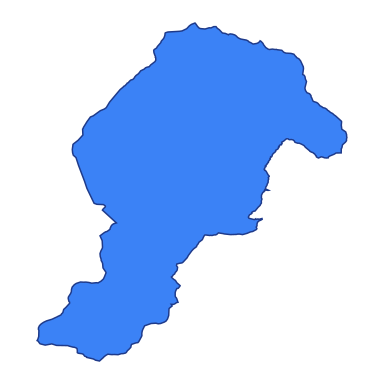 Corbu, Harghita, Romania (Equal Earth projection)
{"feature_id": "2599482B8272511981002", "entity_name": "Corbu", "entity_type": "district", "adm_level": 2, "iso_a3": "ROU", "parent_name": "Romania", "parent_adm1": "Harghita", "projection": "equal_earth", "projection_center": [25.671, 46.995], "detail": "fine", "context": "isolated", "style": "filled", "palette": "blue", "viewbox_px": 384, "rotation_deg": 0, "n_neighbors": 0, "source": "geoboundaries", "source_scale": "gbopen_adm2", "svg_char_len": 5935}
<svg xmlns="http://www.w3.org/2000/svg" viewBox="0 0 384 384"><path d="M93.5,359.0L95.6,360.2L99.5,361.0L103.3,357.6L104.1,356.7L106.1,355.2L107.9,354.2L111.5,354.6L114.5,354.5L118.1,354.7L121.2,353.7L123.3,353.6L125.6,353.0L126.4,352.3L127.4,350.7L128.8,349.5L130.8,347.3L131.1,345.5L131.5,344.4L135.9,342.9L137.9,342.6L138.8,341.6L141.6,336.4L141.9,335.5L141.8,333.5L142.1,331.6L142.6,329.9L144.6,325.8L151.1,323.5L155.9,323.2L158.2,323.8L160.6,323.5L164.3,322.1L166.0,321.1L167.5,319.0L168.7,315.5L169.0,308.9L169.4,308.2L172.1,306.0L171.7,305.0L171.2,304.3L173.3,304.4L174.7,303.9L176.7,302.5L178.0,302.3L176.8,298.8L176.3,297.8L175.5,297.0L175.2,296.0L175.2,292.6L175.7,290.8L176.9,288.5L178.2,288.3L179.8,286.4L180.1,285.6L176.9,282.8L175.4,280.4L173.8,279.4L171.7,277.5L171.4,277.0L172.5,276.1L173.3,274.8L174.6,274.0L175.3,272.4L176.4,271.3L177.2,270.0L177.6,267.2L176.7,266.1L176.5,265.5L176.8,264.0L179.4,263.3L182.0,262.9L183.1,262.1L187.1,257.8L188.4,255.4L191.8,250.8L193.6,248.9L196.5,246.7L196.9,245.4L198.2,243.8L198.9,242.3L202.3,239.7L203.9,236.2L204.9,235.0L205.9,235.0L209.9,235.5L210.5,235.3L212.0,235.5L214.2,234.9L215.7,234.9L216.8,234.4L218.4,232.9L223.6,233.7L224.0,233.9L230.4,234.6L236.6,234.4L237.6,234.1L239.7,234.1L242.5,234.6L247.2,233.3L250.5,231.9L252.7,231.5L256.4,229.5L256.9,228.7L256.2,227.1L257.0,225.8L257.0,223.9L257.6,222.1L259.3,220.7L260.7,220.2L262.2,219.3L262.0,218.5L258.6,219.4L258.0,218.9L257.0,219.3L255.9,219.4L255.7,218.8L254.3,219.6L249.0,218.3L248.5,217.5L248.4,217.1L248.7,216.8L248.6,216.5L249.5,214.8L251.4,213.8L252.0,213.1L251.7,212.4L253.5,211.3L255.1,211.0L258.1,207.3L260.1,205.4L260.5,204.4L261.4,203.1L261.3,200.8L261.9,199.4L261.9,198.8L261.4,197.9L261.5,195.1L262.8,192.5L264.0,191.7L263.9,191.4L264.8,190.8L264.7,190.5L264.5,190.3L264.7,189.9L268.1,190.4L268.6,190.3L265.4,188.9L265.9,186.9L266.9,185.4L267.3,183.9L268.1,182.5L268.2,180.1L268.7,179.1L268.3,177.4L269.2,176.5L269.2,176.1L268.0,174.7L266.4,171.7L265.3,170.3L264.7,170.3L264.2,169.4L264.3,168.9L264.8,168.1L265.1,167.1L265.9,166.6L265.4,165.9L266.2,165.3L266.2,165.0L266.7,164.5L266.8,164.1L267.4,163.8L267.9,162.7L268.4,162.4L268.3,161.7L270.3,159.1L269.9,158.7L270.5,157.7L270.6,156.9L271.1,157.1L271.6,156.8L272.1,156.0L272.4,154.6L273.6,153.2L274.8,152.4L275.8,151.0L275.6,150.5L275.7,150.3L277.9,149.0L278.3,148.3L278.4,147.8L278.7,147.6L278.5,147.2L279.2,146.7L278.9,146.4L279.6,145.3L280.0,145.2L280.6,144.6L281.4,144.8L281.6,144.6L281.7,143.6L282.1,143.3L281.7,142.2L283.7,141.1L286.4,138.8L288.0,138.8L288.9,139.5L289.7,139.7L291.2,139.5L293.0,139.9L294.1,140.7L295.0,142.3L297.7,143.2L299.2,143.2L301.6,144.2L304.1,145.6L305.3,147.2L309.5,150.7L309.9,151.3L311.4,152.1L312.9,152.6L314.0,153.6L314.4,153.6L315.8,155.6L316.3,156.0L316.3,156.7L317.0,157.3L318.5,158.0L321.2,156.8L323.0,157.2L324.4,157.8L326.6,158.0L328.3,157.8L328.5,156.8L329.6,156.1L334.2,154.2L336.1,153.0L341.2,152.9L341.3,148.7L341.9,147.8L342.5,144.8L345.4,142.2L346.5,140.7L346.5,139.0L346.9,137.4L346.6,136.2L346.6,134.7L345.7,131.9L341.8,129.2L341.3,125.2L341.6,121.7L341.4,121.2L335.7,116.0L334.1,114.9L332.6,113.5L330.6,112.5L328.7,110.9L327.5,110.2L326.9,109.3L326.4,109.0L325.2,108.2L322.9,107.6L321.8,106.7L320.0,105.8L318.0,103.4L316.7,102.5L313.6,101.5L312.9,100.9L311.7,97.8L311.1,96.9L311.0,95.6L310.3,94.6L309.5,93.7L306.9,92.7L306.7,92.3L305.5,90.5L304.9,88.1L306.5,81.5L305.4,79.1L305.0,76.7L304.2,75.3L302.7,74.5L303.5,68.7L303.3,66.8L300.6,60.9L299.0,58.9L296.5,57.5L296.2,56.8L295.1,55.8L293.9,54.2L291.0,53.4L285.8,53.1L283.7,52.2L281.8,50.3L277.1,49.7L276.5,49.4L275.1,49.5L272.4,49.1L269.2,49.5L268.1,49.1L265.7,47.5L263.7,44.9L262.9,43.3L261.1,41.4L260.1,40.8L259.8,41.4L258.4,42.7L256.9,43.4L253.4,44.0L252.6,43.8L250.7,42.6L249.3,42.1L247.9,40.8L246.4,40.1L240.6,39.0L238.5,38.0L237.5,37.3L236.3,36.0L234.9,35.0L232.5,34.2L230.2,33.9L228.9,34.3L228.5,34.8L225.3,33.4L222.4,33.0L219.3,29.7L217.3,28.3L216.0,26.6L213.8,26.6L211.0,27.9L209.1,27.8L205.1,29.0L200.7,28.6L199.3,28.2L197.5,26.4L196.2,24.4L195.0,23.0L191.4,24.4L189.4,25.8L186.7,28.7L182.1,30.9L179.5,31.3L167.8,32.0L165.4,32.8L165.1,33.2L164.9,35.2L164.1,37.6L163.2,39.0L161.4,41.0L161.0,41.8L160.9,42.5L157.3,46.6L156.6,48.0L154.1,49.6L153.7,50.6L154.0,53.0L154.5,53.9L154.5,54.5L155.4,56.3L155.3,57.4L155.7,57.7L155.8,60.1L155.0,61.6L150.7,64.9L149.2,66.7L147.0,67.2L145.5,67.8L144.2,69.1L140.7,70.8L138.5,73.7L136.0,75.5L134.8,76.9L134.0,78.3L132.9,79.4L130.7,80.1L129.0,81.7L128.6,82.5L127.1,83.2L126.8,83.8L124.9,85.8L123.9,86.2L122.9,87.3L120.2,89.5L109.6,102.1L106.3,107.6L104.4,109.0L100.3,110.7L93.3,115.8L90.4,117.0L87.1,121.5L83.4,127.5L83.2,128.4L82.6,129.1L82.9,135.0L78.2,140.2L73.6,143.8L73.0,144.4L72.3,149.5L72.6,152.7L73.3,155.2L76.0,157.6L78.5,165.3L84.6,181.4L86.9,188.3L94.1,203.3L96.9,204.3L103.5,204.6L105.3,206.0L105.4,206.4L105.2,207.0L103.3,208.8L102.4,210.1L116.4,222.9L113.6,223.8L112.5,224.5L111.5,225.5L110.8,226.8L110.1,228.4L110.0,229.3L107.0,231.5L105.7,231.8L104.3,232.6L100.0,235.8L102.2,240.7L102.5,247.0L102.4,248.1L100.9,251.0L100.2,253.0L100.0,253.7L100.3,256.7L101.1,259.1L101.2,260.7L101.7,261.3L102.6,263.4L103.0,267.9L105.9,272.2L106.0,272.9L104.4,276.9L103.4,279.0L101.0,281.2L98.0,282.9L96.4,282.7L91.7,283.2L89.1,282.5L85.9,282.1L83.6,282.2L80.5,282.0L76.3,283.4L74.3,284.7L72.2,287.1L71.5,289.4L71.3,291.9L70.5,293.7L68.5,296.8L68.2,298.0L68.3,298.9L68.9,301.4L69.6,302.1L69.6,303.3L65.9,307.4L63.7,309.4L62.9,312.4L62.5,313.0L61.5,313.9L61.2,314.6L60.8,315.0L52.1,319.2L46.5,320.9L43.6,322.3L41.2,323.9L39.5,325.6L38.5,327.7L38.4,329.3L38.9,330.5L38.7,336.6L37.9,339.1L37.1,340.6L38.0,341.0L39.7,343.4L40.1,343.8L45.2,345.1L51.8,343.9L56.5,345.4L67.8,345.6L69.1,346.1L72.9,347.1L74.5,347.3L76.5,348.1L77.0,348.6L77.3,350.4L77.3,352.6L77.6,352.9L78.7,353.3L81.7,353.7L82.8,354.0L83.6,354.7L84.6,356.1L86.6,356.9L86.7,357.4L93.5,359.0Z" fill="#3b82f6" stroke="#1e3a8a" stroke-width="1.5"/></svg>